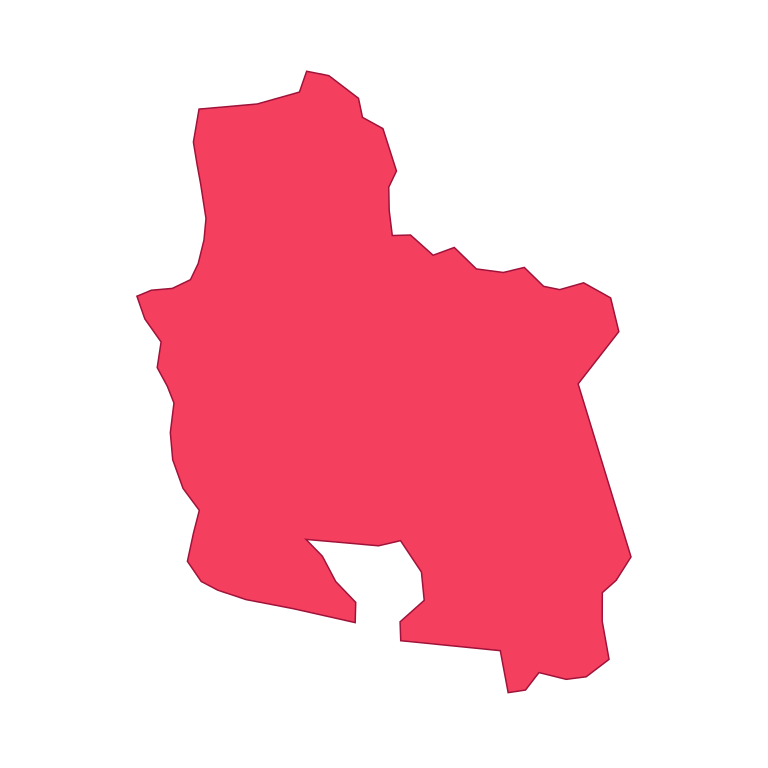 the district of Pareci Novo, Rio Grande do Sul, Brazil, rotated 175°
{"feature_id": "56859067B29265026194414", "entity_name": "Pareci Novo", "entity_type": "district", "adm_level": 2, "iso_a3": "BRA", "parent_name": "Brazil", "parent_adm1": "Rio Grande do Sul", "projection": "natural_earth1", "projection_center": [-51.418, -29.613], "detail": "fine", "context": "isolated", "style": "filled", "palette": "rose", "viewbox_px": 768, "rotation_deg": 175, "n_neighbors": 0, "source": "geoboundaries", "source_scale": "gbopen_adm2", "svg_char_len": 1029}
<svg xmlns="http://www.w3.org/2000/svg" viewBox="0 0 768 768"><g transform="rotate(175 384 384)"><path d="M552.8,641.6L551.1,619.2L549.2,599.1L546.9,564.4L550.8,543.1L558.6,520.2L567.7,504.8L586.5,497.7L607.6,497.7L622.5,493.0L616.6,469.7L602.4,445.3L608.5,420.1L600.1,400.8L594.9,383.4L601.1,354.2L601.1,327.0L593.3,297.5L579.0,274.2L586.8,252.1L595.3,224.5L583.3,203.2L567.4,193.0L540.1,181.2L494.4,168.2L433.5,148.8L431.2,168.9L449.3,191.4L460.4,217.8L475.3,236.0L403.6,223.3L381.2,226.5L363.1,193.4L362.8,165.0L388.7,145.7L389.7,126.8L291.4,108.2L287.2,65.7L269.7,66.8L254.8,83.0L228.2,73.9L208.1,74.7L183.8,90.1L187.3,128.7L184.7,157.1L169.8,168.2L153.0,190.2L190.6,367.2L145.5,415.7L150.7,450.0L176.3,467.4L200.7,462.7L216.5,467.4L234.1,487.9L255.4,484.7L282.0,490.6L302.1,513.9L323.9,508.0L344.6,530.1L362.8,531.2L363.7,556.5L362.1,579.7L353.0,595.1L362.8,638.5L382.2,651.5L384.5,670.8L412.1,696.0L433.8,702.3L442.8,682.2L486.0,674.0L544.3,674.0L552.8,641.6Z" fill="#f43f5e" stroke="#9f1239" stroke-width="1.5"/></g></svg>